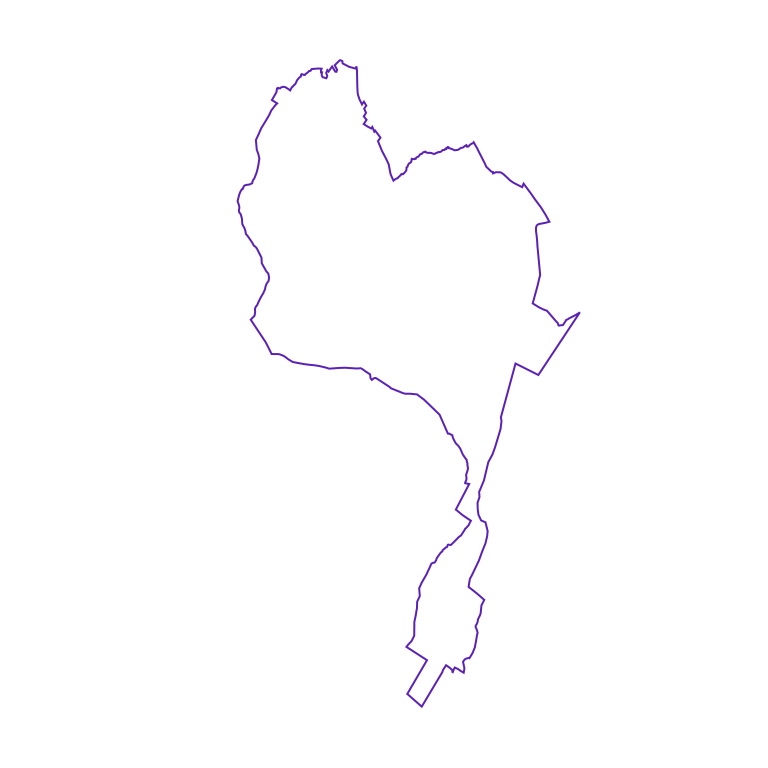 Huitziltepec, Puebla, Mexico (Equal Earth projection), rotated 191°
{"feature_id": "50627088B75605731970498", "entity_name": "Huitziltepec", "entity_type": "district", "adm_level": 2, "iso_a3": "MEX", "parent_name": "Mexico", "parent_adm1": "Puebla", "projection": "equal_earth", "projection_center": [-97.866, 18.784], "detail": "fine", "context": "isolated", "style": "outline", "palette": "violet", "viewbox_px": 768, "rotation_deg": 191, "n_neighbors": 0, "source": "geoboundaries", "source_scale": "gbopen_adm2", "svg_char_len": 6152}
<svg xmlns="http://www.w3.org/2000/svg" viewBox="0 0 768 768"><g transform="rotate(191 384 384)"><path d="M471.8,690.7L471.7,689.6L471.9,688.2L478.7,688.7L485.8,690.8L486.5,693.0L488.6,693.5L489.2,693.3L493.2,687.5L490.0,683.5L490.3,681.4L491.5,681.3L495.5,685.8L498.1,680.1L499.5,681.3L500.1,678.3L498.5,675.6L498.5,674.8L499.0,673.1L502.8,673.5L504.0,675.1L504.4,677.1L504.3,678.1L505.3,677.9L505.7,680.1L505.4,681.6L508.6,681.2L512.5,680.1L515.1,679.3L515.4,678.8L515.8,677.5L517.4,676.8L517.5,676.4L518.8,674.7L519.8,673.7L520.3,673.1L520.5,672.4L521.0,672.2L521.5,672.1L522.0,672.1L523.3,672.5L523.8,672.5L524.1,672.3L524.3,671.9L524.4,671.2L524.3,669.9L525.0,669.3L525.6,668.6L526.0,668.0L527.0,666.1L527.4,665.4L527.7,663.7L527.9,662.8L528.2,662.2L528.4,661.3L528.8,660.9L529.4,660.2L530.4,658.3L530.9,658.0L531.3,657.2L532.1,654.3L534.5,655.4L537.3,656.5L538.9,656.6L539.6,656.5L541.0,655.9L541.6,655.5L542.0,655.0L542.4,654.4L543.6,654.4L544.0,654.0L544.7,654.4L545.4,653.7L545.3,649.8L548.2,641.3L542.4,639.1L543.8,637.1L546.8,631.1L548.1,625.9L549.8,621.1L553.3,611.7L554.8,605.0L556.3,599.0L553.6,589.7L551.2,585.7L549.4,581.6L549.1,575.1L549.2,570.0L549.5,566.5L550.5,561.2L551.4,559.1L551.7,557.7L551.7,556.6L551.8,555.9L552.3,555.6L553.2,554.7L554.6,554.0L556.4,553.4L558.3,552.6L559.3,551.5L560.0,548.2L560.6,548.1L560.9,547.6L561.8,544.8L562.3,541.8L562.6,535.5L561.0,532.8L560.0,530.8L559.6,529.1L559.6,526.8L559.0,525.1L557.0,523.2L555.0,519.2L553.6,513.9L550.7,510.3L549.3,507.9L548.3,505.1L545.8,503.0L541.5,498.8L540.4,497.7L538.1,494.9L536.5,494.3L534.7,492.8L528.4,484.7L527.0,479.2L520.9,472.0L518.7,470.4L517.1,466.6L517.0,463.1L518.4,460.0L518.9,457.0L518.9,454.2L519.9,449.9L521.4,445.8L522.9,440.3L523.6,437.2L524.7,435.1L525.0,433.0L524.2,430.1L524.1,426.3L527.1,421.7L508.0,402.3L500.0,392.0L492.8,393.3L489.0,392.7L486.7,392.0L482.2,389.8L477.8,388.2L471.4,388.2L466.2,388.3L461.3,388.6L456.0,389.1L451.2,389.3L444.1,389.0L440.7,388.6L431.1,391.2L425.5,392.5L414.6,393.9L412.1,394.4L410.1,395.0L408.5,394.7L404.2,392.7L399.5,390.8L398.2,386.9L396.7,385.7L395.0,387.7L394.0,388.2L393.2,388.3L392.0,387.9L377.8,382.1L376.3,381.1L364.3,378.8L362.1,378.5L360.9,378.6L356.7,379.4L349.6,380.1L341.6,376.2L323.6,364.5L311.8,347.5L310.2,347.7L308.6,347.1L307.2,346.8L306.1,344.4L304.2,341.8L302.0,339.3L299.5,337.7L296.9,335.2L293.3,330.0L290.4,327.0L288.4,325.4L288.0,323.8L287.1,322.4L286.4,319.5L285.9,318.7L285.4,316.7L285.6,314.0L286.1,310.5L285.1,307.5L284.9,306.3L285.0,304.8L285.3,304.0L285.5,302.9L285.4,302.1L281.3,302.1L289.5,274.4L281.9,270.3L276.1,267.8L272.6,266.4L274.0,261.7L274.0,261.3L274.9,260.1L275.7,258.6L276.1,258.1L276.5,257.7L276.8,257.2L276.9,256.5L279.2,250.7L279.5,250.0L281.2,248.3L287.4,239.0L287.8,238.7L288.8,238.7L290.1,238.6L290.6,238.4L290.8,237.9L290.9,236.5L291.2,235.8L292.1,235.4L292.9,234.3L294.7,232.1L294.8,231.4L294.8,230.8L296.1,229.4L299.0,223.1L299.1,221.4L300.0,218.8L300.8,218.1L301.8,217.8L302.7,217.2L303.3,216.3L304.4,211.4L305.3,208.2L305.7,206.0L309.1,196.1L310.4,190.5L310.5,190.2L308.4,182.7L309.9,176.6L308.8,169.8L308.9,169.4L308.7,163.0L308.8,156.1L307.6,149.9L307.6,149.6L306.3,142.7L307.9,136.9L310.8,132.4L310.8,132.1L311.8,130.2L289.1,121.1L302.0,84.2L285.4,74.5L271.8,112.2L271.5,114.5L269.4,119.8L265.2,117.9L262.1,116.0L262.0,114.5L261.5,114.3L261.2,116.6L260.4,119.2L257.0,118.3L255.8,117.9L254.9,117.3L250.7,115.8L250.8,120.2L253.4,126.4L252.8,127.9L251.6,129.7L250.8,130.2L248.3,131.4L247.8,131.2L245.8,136.6L244.6,142.6L244.6,149.2L244.8,155.4L244.6,157.5L244.8,157.9L245.7,160.0L247.6,162.8L247.9,164.0L247.0,166.6L246.7,168.9L246.9,170.7L245.6,175.6L245.4,177.5L246.1,185.3L244.4,191.2L252.6,196.0L262.2,200.9L262.4,204.5L262.5,209.1L261.3,212.8L257.2,228.6L255.6,238.7L254.0,246.8L253.7,254.5L254.2,259.4L258.0,267.6L262.6,268.6L266.3,273.6L268.0,278.6L269.5,285.2L268.7,291.3L270.0,296.2L267.5,308.4L266.7,327.2L264.1,335.5L262.9,343.1L261.0,362.1L261.6,370.1L262.9,373.6L258.8,429.2L234.2,422.3L205.4,491.7L208.4,488.8L215.1,483.5L216.1,482.4L217.3,481.8L217.7,480.6L219.5,476.1L220.4,475.7L221.3,475.5L223.4,474.7L223.9,474.8L224.1,475.4L225.2,477.1L227.2,478.5L238.0,487.0L241.9,487.6L246.6,488.9L253.4,491.5L252.0,510.1L251.8,515.8L251.5,520.7L252.3,523.5L259.8,549.0L260.9,553.4L262.6,559.1L263.9,562.9L264.4,565.2L264.6,566.9L264.4,568.4L264.1,569.1L263.5,569.8L262.6,570.4L261.5,571.1L260.4,571.3L259.2,571.9L257.5,572.5L252.6,574.8L258.0,581.3L263.6,587.3L271.3,594.3L276.4,599.3L285.2,607.3L285.9,603.6L289.9,604.7L295.4,606.3L299.5,608.1L300.7,609.0L306.8,612.8L309.8,614.0L314.4,613.3L317.1,611.6L317.5,612.9L319.1,612.9L325.1,616.8L326.7,619.2L336.8,632.1L337.4,633.1L338.5,634.2L342.1,638.4L342.5,637.4L343.6,636.8L345.2,635.3L346.4,633.4L346.9,633.4L347.0,633.0L348.0,632.8L348.5,633.3L348.8,634.1L349.8,633.3L350.7,632.3L351.5,631.3L352.2,630.9L353.5,630.4L354.4,629.6L355.1,628.8L356.4,627.8L359.3,626.9L362.1,627.6L364.2,627.9L365.4,627.9L365.9,628.8L366.5,628.8L366.6,628.0L367.8,627.7L367.7,626.5L369.1,626.0L369.4,625.2L370.3,625.1L371.2,624.7L371.6,623.9L372.1,623.4L372.7,622.7L373.5,622.5L373.9,622.1L375.1,622.0L375.7,621.3L376.1,621.0L376.8,620.9L377.7,619.9L378.7,619.3L380.2,619.5L381.5,619.8L382.5,619.7L383.0,619.8L384.4,619.3L386.6,619.3L387.8,620.0L388.3,619.7L388.6,619.3L389.5,619.1L390.1,618.5L390.9,617.1L392.3,616.5L393.2,614.5L393.7,613.7L394.3,613.5L395.4,612.5L395.9,611.1L396.5,611.2L396.9,610.6L397.6,610.5L398.8,610.2L399.7,610.3L399.7,607.1L400.2,606.4L401.6,605.2L402.1,603.9L402.4,601.8L403.2,600.9L402.8,598.1L403.5,596.5L404.2,595.2L405.5,593.5L406.4,593.7L407.2,593.1L407.4,592.4L408.7,590.5L409.6,589.4L409.8,588.9L410.3,588.3L410.9,588.1L412.0,587.2L413.5,585.4L417.3,590.8L418.2,592.7L421.3,600.5L424.6,605.1L430.6,612.6L432.0,614.8L436.3,621.3L436.1,621.6L434.5,625.1L437.6,628.0L441.1,631.1L441.7,629.9L444.5,634.1L444.7,633.7L445.3,632.4L449.3,633.6L453.5,635.3L451.5,640.0L454.9,642.8L453.4,646.8L456.0,650.5L454.5,653.9L457.6,657.3L458.9,654.7L459.0,654.3L462.4,658.8L464.7,662.9L465.5,665.0L467.0,671.1L470.3,686.4L470.7,687.7L471.8,690.7Z" fill="none" stroke="#5b21b6" stroke-width="2"/></g></svg>